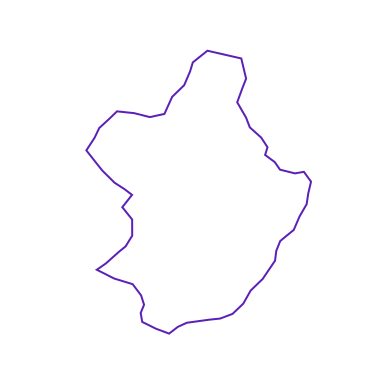 outline of Fyllia, Cyprus, rotated 17°
{"feature_id": "46923920B75200378291295", "entity_name": "Fyllia", "entity_type": "district", "adm_level": 2, "iso_a3": "CYP", "parent_name": "Cyprus", "parent_adm1": "", "projection": "mercator", "projection_center": [33.104, 35.192], "detail": "fine", "context": "isolated", "style": "outline", "palette": "violet", "viewbox_px": 384, "rotation_deg": 17, "n_neighbors": 0, "source": "geoboundaries", "source_scale": "gbopen_adm2", "svg_char_len": 953}
<svg xmlns="http://www.w3.org/2000/svg" viewBox="0 0 384 384"><g transform="rotate(17 192 192)"><path d="M123.7,294.2L142.8,297.5L152.5,297.5L162.2,297.5L173.5,305.7L179.1,313.8L178.3,322.7L182.4,330.8L197.7,333.3L211.5,334.1L217.9,325.1L225.2,318.6L237.3,313.0L246.2,308.9L255.9,304.8L266.4,296.7L273.7,283.7L276.9,269.1L285.0,254.5L291.5,233.4L289.8,223.7L290.7,213.1L295.5,205.8L300.4,198.5L302.0,183.9L305.2,170.1L303.6,159.5L302.8,147.3L293.1,140.0L285.0,144.1L269.6,144.9L262.4,139.2L251.1,135.2L251.1,127.1L242.2,119.7L228.4,113.3L222.0,105.1L209.0,93.0L209.8,78.3L210.6,67.8L200.1,49.9L188.8,50.7L165.4,52.4L154.9,67.8L154.9,77.5L153.3,92.1L145.2,106.8L142.8,125.4L129.8,132.7L113.7,133.5L96.7,136.8L91.8,145.7L84.6,157.9L83.0,168.5L78.8,183.1L87.0,188.8L99.9,197.7L115.3,205.8L126.6,209.0L135.5,212.3L129.8,226.9L142.8,235.8L147.6,251.3L144.4,263.4L139.5,270.7L130.6,285.4L123.7,294.2Z" fill="none" stroke="#5b21b6" stroke-width="2"/></g></svg>